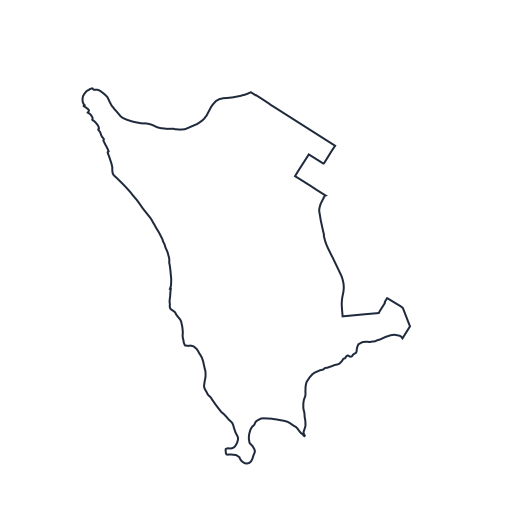 the district of South Perth, Western Australia, Australia, rotated 347°
{"feature_id": "25037944B33468423524116", "entity_name": "South Perth", "entity_type": "district", "adm_level": 2, "iso_a3": "AUS", "parent_name": "Australia", "parent_adm1": "Western Australia", "projection": "albers", "projection_center": [115.863, -31.999], "detail": "fine", "context": "isolated", "style": "outline", "palette": "slate", "viewbox_px": 512, "rotation_deg": 347, "n_neighbors": 0, "source": "geoboundaries", "source_scale": "gbopen_adm2", "svg_char_len": 6049}
<svg xmlns="http://www.w3.org/2000/svg" viewBox="0 0 512 512"><g transform="rotate(347 256 256)"><path d="M385.7,337.6L375.0,327.2L374.3,326.6L371.1,329.8L371.0,330.8L370.8,331.0L364.4,337.3L362.8,339.2L347.9,337.1L326.8,334.3L328.0,326.0L328.7,322.0L329.4,319.7L330.1,317.5L330.9,315.4L333.2,310.4L334.3,307.0L334.7,305.1L335.1,302.2L335.1,299.9L335.1,298.2L334.8,294.8L334.4,293.0L330.3,274.6L329.8,272.8L327.9,264.7L327.2,261.1L326.8,257.6L326.7,255.7L326.6,251.8L327.0,250.8L327.0,243.6L327.1,236.1L327.7,226.2L328.5,223.8L329.6,221.6L330.9,219.5L333.7,216.1L334.7,215.1L334.8,214.7L335.1,214.3L336.9,212.6L337.3,212.6L336.5,211.8L330.8,206.1L324.1,199.1L312.0,187.0L316.2,182.7L330.3,168.9L342.3,181.0L342.8,181.1L343.3,180.8L353.9,170.1L357.9,166.4L357.5,166.0L306.0,113.7L304.7,112.5L302.6,110.0L295.2,102.3L292.1,99.2L291.8,99.3L287.8,95.3L283.6,96.1L280.5,96.4L279.8,96.3L276.9,96.5L268.9,96.2L263.1,95.5L259.8,94.9L255.6,94.9L251.8,96.0L248.5,98.3L246.1,100.3L239.1,108.4L238.0,109.1L237.2,109.9L236.3,110.6L234.8,111.5L233.8,112.0L230.8,113.3L229.7,113.6L228.7,114.1L227.5,114.3L216.0,116.4L214.6,116.4L211.1,115.9L210.3,115.7L205.8,114.3L205.3,114.1L204.0,113.4L202.6,113.1L197.9,112.1L193.8,110.6L192.9,110.4L191.1,109.6L189.0,108.5L187.7,107.6L185.9,106.1L184.4,105.0L181.6,103.3L181.0,103.1L178.5,102.0L174.9,101.2L172.9,100.4L170.4,99.3L169.0,98.7L166.9,97.7L164.3,96.3L163.2,95.6L161.0,94.3L158.0,92.1L156.5,90.7L155.4,89.2L152.5,83.5L151.3,81.5L150.2,79.0L149.2,77.1L148.2,73.4L147.2,68.8L146.9,67.7L146.8,67.4L144.6,64.0L144.3,63.7L142.3,61.2L140.9,59.7L139.2,58.5L137.4,57.9L136.7,57.9L135.9,57.7L135.3,57.4L135.0,57.1L134.3,55.9L134.2,55.8L133.5,55.8L131.3,56.1L130.5,56.6L130.2,56.6L129.8,56.7L128.6,57.0L127.6,57.5L125.3,59.3L123.6,61.1L123.1,61.9L122.5,63.4L122.2,64.3L121.9,66.1L121.9,67.7L122.2,69.0L122.6,70.0L122.9,70.4L121.9,70.9L121.8,71.2L123.0,72.3L125.0,74.6L125.9,76.0L125.9,76.6L125.7,77.1L124.9,78.0L124.3,78.4L124.5,78.7L125.7,79.7L126.7,81.1L127.5,83.1L127.7,83.9L127.8,84.8L127.7,85.4L127.6,85.7L127.3,86.0L127.1,86.4L127.2,86.6L127.4,87.0L128.3,87.7L129.1,88.8L130.4,91.1L131.2,92.9L131.5,93.9L131.7,95.3L131.7,96.2L131.6,96.6L131.4,96.7L131.2,96.8L130.8,97.0L130.7,97.5L131.7,99.6L131.9,100.1L132.1,100.9L132.3,103.4L132.5,104.1L132.8,105.3L133.3,106.1L134.0,107.8L133.9,108.3L133.3,109.1L133.3,109.5L134.3,113.7L135.0,116.1L135.7,119.1L135.9,120.8L135.9,121.0L135.1,121.2L135.0,121.4L134.8,121.6L134.7,122.2L135.3,126.2L136.0,134.2L135.9,135.5L136.0,136.3L135.9,137.1L135.9,137.4L135.8,137.9L135.5,138.9L135.1,141.3L135.0,143.2L135.2,144.4L136.2,146.3L137.3,147.8L142.9,156.6L145.9,161.8L148.2,166.0L149.7,169.4L150.3,170.3L151.3,172.5L152.1,173.8L152.5,174.7L153.1,176.0L156.3,183.9L157.5,186.5L161.3,194.4L162.3,196.8L163.2,200.1L164.1,202.8L165.0,206.1L166.6,210.8L167.0,212.3L167.7,215.1L168.6,218.6L168.7,220.8L169.5,224.1L169.7,227.2L169.9,228.5L170.5,231.2L170.7,233.0L170.9,238.2L170.6,240.6L169.9,243.1L169.9,244.5L169.8,246.8L169.4,250.4L168.8,254.9L168.5,257.3L168.1,259.9L167.7,261.4L166.7,265.1L166.1,266.5L164.8,268.6L165.6,268.8L164.6,271.5L163.3,275.9L162.2,278.8L161.5,281.1L161.3,282.8L161.2,283.9L160.7,285.2L160.5,286.7L160.6,287.7L161.1,288.8L163.9,291.8L164.6,293.0L165.0,294.8L165.5,296.1L167.8,300.8L168.3,302.9L168.3,307.6L168.1,309.9L167.5,314.2L167.0,315.5L166.5,317.6L166.3,319.1L166.3,322.2L166.2,323.5L166.1,323.9L166.4,325.9L166.7,327.1L167.1,327.4L168.5,327.8L169.1,328.1L169.9,328.4L170.7,328.4L172.2,328.6L174.3,329.7L175.1,330.3L175.7,331.0L176.2,331.8L177.3,333.3L178.2,335.7L178.5,336.8L178.9,338.3L179.5,339.8L180.4,342.8L180.8,346.8L180.7,354.2L180.8,356.9L180.3,359.8L179.5,362.8L178.0,366.0L176.4,370.2L176.1,371.2L176.0,372.5L176.2,374.2L177.2,377.4L177.9,380.2L178.5,381.3L179.4,382.5L180.4,384.2L180.7,385.5L182.1,388.9L182.9,391.0L184.5,394.6L186.3,398.5L187.5,400.9L188.1,401.4L189.4,403.3L191.4,406.8L192.5,409.0L194.2,411.5L195.3,413.4L195.8,416.0L195.8,418.0L196.2,422.0L196.3,423.1L197.4,427.4L197.6,428.9L197.3,430.3L197.0,431.1L195.6,433.7L194.2,435.3L192.4,437.0L190.4,437.8L188.8,437.9L187.4,437.7L185.3,437.0L183.9,437.1L183.1,437.3L182.7,438.2L182.6,439.2L182.3,441.2L182.4,442.1L182.8,442.8L183.7,443.2L184.7,443.3L187.1,443.8L191.8,445.5L192.4,446.0L194.6,448.4L194.7,449.6L195.4,451.8L196.0,452.8L197.6,454.6L198.8,455.6L200.8,456.2L202.4,456.1L203.3,455.9L204.4,455.4L205.5,454.4L206.8,452.9L208.0,450.8L208.8,449.5L210.6,447.0L211.0,445.9L211.0,444.2L210.4,442.1L209.8,440.3L208.7,438.5L207.8,437.1L207.7,435.4L207.9,432.6L208.4,430.5L209.3,428.0L210.3,426.1L211.5,424.0L212.8,422.5L214.1,421.3L215.4,420.7L216.5,419.9L217.6,418.4L218.6,417.3L220.2,416.6L222.4,416.0L224.2,415.5L226.2,415.7L231.0,417.0L234.8,418.1L236.5,418.9L239.1,419.8L240.2,420.3L246.9,423.2L249.5,424.7L251.4,426.4L254.8,430.1L256.4,431.5L257.5,433.3L259.1,437.0L259.9,438.5L261.6,440.5L262.1,441.9L262.6,442.4L263.1,442.1L262.9,440.9L262.6,440.3L262.5,439.4L263.0,437.7L265.0,434.5L266.0,432.6L266.5,430.3L267.0,427.7L267.2,423.8L267.8,420.1L267.9,418.1L267.8,416.8L267.9,414.7L269.1,409.8L270.4,406.8L271.6,404.9L272.5,403.6L273.2,401.5L273.7,399.0L274.9,394.5L275.7,392.5L276.9,390.2L278.2,388.9L281.1,386.2L284.5,383.8L287.1,382.8L291.9,381.9L292.8,381.7L294.3,381.8L296.0,381.7L297.9,380.8L298.4,380.7L299.0,380.7L300.2,380.9L300.9,380.9L302.6,380.6L304.5,380.5L308.2,379.9L311.0,380.0L312.5,379.8L313.3,379.5L316.1,377.7L317.8,376.0L318.6,375.7L319.6,375.7L320.1,375.4L320.7,374.7L321.7,373.9L322.7,373.6L323.2,373.6L323.6,373.9L323.9,374.3L325.1,375.3L325.6,375.4L326.2,375.4L326.7,375.3L327.5,374.9L328.2,374.1L329.1,373.6L331.4,372.9L332.0,372.4L332.4,371.9L333.7,368.3L334.7,366.7L335.5,365.6L336.0,365.0L336.4,364.9L340.1,363.9L341.3,363.9L344.8,364.5L345.8,364.8L346.7,365.2L347.7,365.5L348.8,365.4L351.1,365.7L352.9,365.9L353.6,365.7L355.6,365.3L357.8,365.3L364.0,364.0L369.5,363.5L372.9,363.8L377.2,365.6L378.6,366.5L379.2,367.1L379.5,367.6L380.2,369.2L390.2,359.2L387.5,340.4L387.3,339.6L385.7,337.6Z" fill="none" stroke="#1e293b" stroke-width="2"/></g></svg>